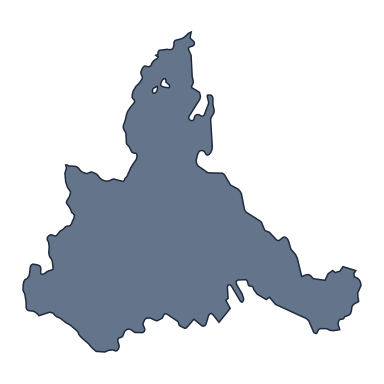 an SVG outline of Zaragoza
{"feature_id": "ESP-5853", "entity_name": "Zaragoza", "entity_type": "Autonomous Community", "adm_level": 1, "iso_a3": "ESP", "parent_name": "Spain", "parent_adm1": "", "projection": "mercator", "projection_center": [-1.121, 41.843], "detail": "fine", "context": "isolated", "style": "filled", "palette": "slate", "viewbox_px": 384, "rotation_deg": 0, "n_neighbors": 0, "source": "natural_earth", "source_scale": "10m", "svg_char_len": 5899}
<svg xmlns="http://www.w3.org/2000/svg" viewBox="0 0 384 384"><path d="M168.5,49.6L171.1,49.6L172.6,48.7L173.2,47.7L173.9,45.3L174.0,44.0L173.9,42.8L174.3,41.5L175.2,40.4L181.5,38.7L183.2,37.9L184.9,36.7L188.4,33.3L191.2,32.0L190.2,37.0L190.5,38.5L194.0,41.7L194.4,43.5L193.8,45.3L192.5,46.1L189.5,47.0L188.8,47.7L188.5,48.5L188.5,49.4L191.1,55.4L192.2,76.7L193.2,80.8L193.3,82.0L193.1,83.2L191.6,86.5L191.6,87.2L192.0,87.8L199.4,92.3L200.4,95.8L200.4,97.1L199.8,99.3L188.8,116.7L188.7,118.3L189.6,119.8L191.1,120.6L192.7,120.6L193.8,119.5L194.7,116.3L195.6,115.3L196.8,114.7L198.2,114.5L199.3,114.8L201.1,116.0L202.0,116.3L203.1,115.9L203.9,115.3L204.4,114.5L208.6,103.5L208.6,101.9L207.3,96.8L207.3,95.6L207.6,95.1L210.9,95.1L211.5,95.5L212.2,96.3L212.9,98.1L212.9,104.3L214.1,110.1L214.1,112.0L213.7,113.3L211.7,116.4L210.6,119.0L212.3,147.2L211.9,149.8L210.8,152.3L209.3,154.3L207.4,155.1L206.4,154.8L204.4,151.7L203.5,151.0L202.4,150.6L201.4,150.5L200.3,150.7L199.4,151.4L198.6,152.2L197.5,154.6L196.2,160.4L196.5,163.2L197.9,165.8L207.9,172.8L222.5,173.2L224.6,174.9L230.5,185.1L237.6,188.8L239.8,190.9L241.4,193.7L244.3,208.8L245.0,210.7L246.2,212.2L260.5,221.3L261.5,222.4L264.5,229.7L265.4,230.8L269.4,232.3L276.8,240.2L278.4,240.6L279.3,240.4L283.2,237.2L284.8,237.1L286.4,237.9L287.8,239.5L288.8,241.8L290.8,249.0L295.5,254.5L297.3,258.3L301.7,276.5L306.6,274.7L309.0,274.6L311.0,276.0L312.6,278.1L313.5,278.7L325.0,280.3L328.1,273.8L332.7,270.5L335.2,272.6L340.0,271.1L342.9,266.6L355.8,270.6L353.9,273.4L354.3,276.9L355.4,277.2L357.6,278.3L359.3,280.0L360.5,282.4L361.0,285.5L357.7,293.0L357.9,297.0L358.7,301.2L358.4,301.6L357.1,302.4L355.6,303.1L353.5,304.5L352.5,305.7L351.9,307.1L351.6,308.3L351.6,309.8L350.7,313.1L349.8,314.3L348.7,315.2L347.6,315.7L345.2,316.4L344.4,317.2L343.9,318.2L343.1,318.9L341.9,319.2L340.7,319.2L339.3,320.0L338.7,321.1L338.3,322.5L338.2,323.8L338.2,325.1L338.6,326.4L339.1,327.3L339.7,329.7L333.1,330.7L330.0,330.3L326.8,328.7L320.6,328.6L319.3,329.1L318.7,329.6L318.2,330.2L316.9,333.0L316.2,333.6L313.8,332.6L308.7,320.7L306.2,318.5L275.4,304.3L269.5,297.2L266.3,299.6L257.2,294.2L254.0,289.8L252.7,286.8L251.9,286.2L249.4,286.0L248.6,285.4L248.2,284.5L247.4,281.3L246.6,280.2L245.7,279.7L238.0,280.0L236.4,281.1L236.2,282.9L236.9,285.0L241.9,293.5L243.5,298.1L243.6,299.2L243.4,300.4L242.5,302.0L241.5,302.1L240.4,301.2L231.3,285.9L230.1,284.9L228.9,284.7L227.7,285.7L227.4,287.6L228.1,298.4L225.8,300.2L230.2,308.4L219.0,322.3L212.9,314.6L211.5,313.5L210.0,313.8L208.6,315.4L206.0,324.2L204.8,325.7L203.1,326.2L201.9,325.8L193.9,319.2L186.7,327.6L185.7,328.2L184.5,328.2L179.9,325.9L179.1,325.1L178.7,323.9L178.4,321.9L167.0,314.1L165.1,313.8L164.4,314.1L163.9,314.8L162.3,318.1L157.5,320.6L156.2,320.7L150.1,318.0L147.2,318.1L145.8,318.6L144.7,319.6L143.2,323.1L143.1,324.4L143.6,326.1L144.4,327.8L144.8,329.6L144.3,331.4L142.7,332.6L134.9,332.5L131.0,329.7L129.5,329.2L127.9,329.2L126.4,329.8L125.1,330.8L124.3,332.2L123.2,335.1L122.5,336.4L121.6,337.1L118.6,338.2L117.8,339.7L118.0,341.6L119.1,345.4L119.0,347.3L118.2,349.2L117.0,350.6L115.5,351.0L113.0,349.9L108.7,350.3L104.8,352.0L96.1,351.4L91.5,347.3L88.5,343.7L81.4,337.5L79.5,335.3L78.7,334.1L78.3,332.9L77.7,331.8L76.8,330.7L70.3,325.1L65.8,322.6L60.4,318.3L57.1,317.0L55.4,315.7L54.1,314.5L53.3,313.2L49.7,312.2L39.0,315.7L37.8,314.2L34.9,311.9L32.5,311.0L31.3,311.0L28.8,310.6L27.7,310.2L26.8,309.3L26.2,308.0L26.0,301.4L24.9,294.7L24.6,293.6L23.0,290.3L23.2,284.4L24.0,281.2L24.8,279.9L25.6,279.3L26.5,278.9L27.4,278.3L29.1,275.8L29.8,271.8L30.2,267.5L30.6,266.1L31.3,265.0L32.8,264.1L36.8,264.7L39.1,265.5L40.0,266.2L40.6,267.3L40.8,268.5L40.8,269.9L40.6,272.6L41.0,273.7L41.9,274.2L43.1,274.2L44.1,273.8L46.5,272.0L48.7,270.8L51.3,270.1L52.4,269.6L53.2,268.9L52.3,261.4L51.8,259.9L51.1,258.6L50.1,257.6L49.3,255.6L48.8,252.6L49.2,246.4L48.4,241.5L47.6,240.7L47.3,239.5L47.2,238.3L47.6,237.1L49.3,235.4L50.7,234.8L51.5,234.7L55.0,236.1L56.1,235.8L57.0,235.0L60.1,231.1L62.6,229.7L63.8,228.7L65.3,227.0L66.6,226.2L68.0,226.0L69.2,226.0L70.4,225.4L71.5,223.8L72.6,220.8L73.5,219.1L74.1,217.5L74.4,215.1L73.0,213.5L72.2,212.9L71.4,211.9L71.1,210.6L70.0,208.3L67.8,204.9L66.9,203.8L66.4,202.4L66.8,200.9L68.3,198.3L69.1,197.1L69.6,195.9L70.1,194.4L70.4,192.9L70.4,191.6L67.6,187.6L65.7,181.9L64.9,173.3L66.1,169.1L66.6,168.4L65.6,165.0L67.0,164.9L69.3,166.2L70.5,166.0L75.6,166.4L76.8,166.9L77.9,167.5L78.8,168.5L80.5,170.7L81.5,171.5L82.6,172.2L85.2,173.2L86.5,173.5L87.7,173.4L90.2,172.3L91.4,171.9L93.8,172.8L96.1,173.9L97.1,174.6L98.0,175.6L99.5,177.6L100.4,178.5L102.5,180.0L104.8,180.9L107.3,181.1L109.8,180.6L111.9,179.5L113.5,179.0L114.5,179.1L118.3,180.3L119.6,180.5L122.9,181.4L123.6,181.1L124.3,180.2L125.0,178.5L126.3,177.2L127.7,175.2L128.1,173.6L128.9,172.2L130.6,168.1L133.1,164.0L135.8,160.2L136.6,158.6L137.1,155.5L136.6,154.0L135.6,153.2L134.3,153.2L133.1,152.9L132.0,152.2L130.6,150.0L130.2,148.7L129.0,146.5L127.2,144.7L126.5,143.6L126.3,142.4L126.3,139.9L125.9,133.4L125.4,132.1L124.0,129.9L123.5,128.6L123.2,127.4L123.3,125.8L125.4,119.8L126.0,117.0L126.2,115.7L127.6,111.5L130.3,107.4L134.2,102.7L134.6,101.2L134.3,100.1L133.6,99.1L132.7,98.5L132.2,97.4L132.1,96.0L132.4,94.1L133.2,91.0L136.0,86.3L139.5,82.9L141.5,79.8L142.4,77.9L142.2,76.6L141.0,73.9L140.8,72.7L141.1,71.4L141.6,70.0L142.5,68.2L143.4,67.0L144.4,66.1L145.9,66.1L148.3,66.8L149.4,66.6L151.3,65.3L151.6,63.7L152.6,62.2L154.0,60.5L157.2,58.4L158.0,57.4L158.2,56.7L156.1,55.7L155.7,55.3L157.9,54.4L158.1,52.4L158.4,51.3L159.3,50.3L167.2,49.3L168.5,49.6ZM168.5,87.8L169.6,87.1L169.6,85.4L167.2,83.1L166.0,82.3L165.9,80.2L165.4,78.9L164.4,78.8L163.6,78.9L162.0,80.5L160.8,83.5L160.7,85.3L162.1,86.5L164.1,87.1L168.5,87.8ZM153.3,93.2L155.1,93.0L156.6,91.5L157.5,89.0L157.5,87.1L156.8,86.3L155.6,87.2L153.8,88.1L152.7,89.3L152.4,91.5L153.3,93.2Z" fill="#64748b" stroke="#1e293b" stroke-width="1.5"/></svg>